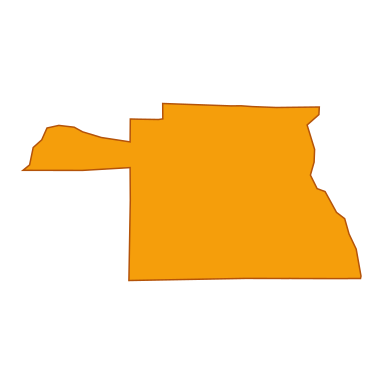 Houston, Alabama, United States of America (Mercator projection)
{"feature_id": "52423323B72584832166287", "entity_name": "Houston", "entity_type": "district", "adm_level": 2, "iso_a3": "USA", "parent_name": "United States of America", "parent_adm1": "Alabama", "projection": "mercator", "projection_center": [-85.275, 31.156], "detail": "fine", "context": "isolated", "style": "filled", "palette": "amber", "viewbox_px": 384, "rotation_deg": 0, "n_neighbors": 0, "source": "geoboundaries", "source_scale": "gbopen_adm2", "svg_char_len": 735}
<svg xmlns="http://www.w3.org/2000/svg" viewBox="0 0 384 384"><path d="M128.9,280.5L245.5,278.4L288.0,278.5L289.0,278.5L289.1,278.4L292.1,278.5L334.2,278.6L335.5,278.6L336.8,278.6L346.8,278.6L347.3,278.6L348.5,278.5L350.1,278.5L360.5,278.5L361.0,276.1L356.2,249.1L350.4,236.9L349.0,233.9L344.7,218.7L336.5,212.4L325.1,191.6L317.1,188.6L310.4,175.1L314.1,162.1L314.6,149.4L307.1,125.0L318.9,114.6L319.3,107.0L276.3,107.5L252.3,106.6L241.1,105.8L231.0,105.9L162.7,103.5L162.8,118.9L158.5,119.5L138.5,119.2L130.3,119.0L130.1,141.9L101.3,137.5L82.5,131.8L74.2,127.2L58.8,125.4L47.0,128.0L41.7,139.9L33.2,147.5L29.6,164.9L23.0,170.3L82.4,170.4L130.1,167.6L130.3,200.2L128.9,280.5Z" fill="#f59e0b" stroke="#b45309" stroke-width="1.5"/></svg>